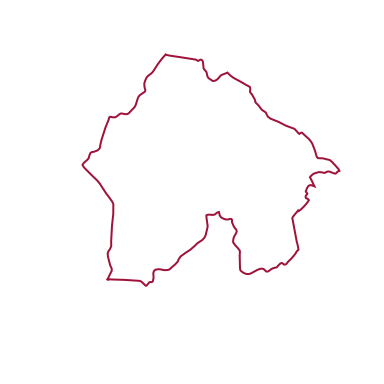 the district of Dien Bien Phu, Điện Biên, Vietnam, rotated 226°
{"feature_id": "81297802B75517223780643", "entity_name": "Dien Bien Phu", "entity_type": "district", "adm_level": 2, "iso_a3": "VNM", "parent_name": "Vietnam", "parent_adm1": "Điện Biên", "projection": "orthographic", "projection_center": [103.039, 21.414], "detail": "fine", "context": "isolated", "style": "outline", "palette": "rose", "viewbox_px": 384, "rotation_deg": 226, "n_neighbors": 0, "source": "geoboundaries", "source_scale": "gbopen_adm2", "svg_char_len": 4676}
<svg xmlns="http://www.w3.org/2000/svg" viewBox="0 0 384 384"><g transform="rotate(226 192 192)"><path d="M253.3,300.4L253.7,299.2L254.9,296.3L255.7,294.5L255.8,293.3L255.4,289.2L255.8,286.4L256.6,285.1L257.1,284.4L257.6,284.0L258.3,283.8L259.2,283.7L262.3,283.0L264.2,283.3L265.0,283.8L266.9,284.9L267.6,285.4L268.8,285.8L270.9,285.9L272.1,286.0L273.4,286.6L275.0,287.9L277.5,289.9L278.8,290.6L280.3,290.7L281.0,290.4L281.2,290.1L281.5,289.7L281.8,288.2L282.1,287.4L284.6,286.7L296.9,277.4L305.6,270.7L307.0,269.8L307.8,269.2L308.5,268.8L308.8,268.6L309.2,268.6L308.8,263.3L307.7,256.1L305.9,248.5L305.6,246.9L305.6,244.9L306.1,240.6L305.9,238.8L304.4,235.2L303.3,233.2L302.2,232.2L301.0,231.1L299.5,230.2L298.0,229.4L297.1,228.4L297.0,227.7L297.0,227.0L297.3,225.6L297.5,224.3L297.9,221.9L297.8,220.5L297.5,219.1L296.9,217.9L296.0,216.1L294.9,214.2L293.6,211.7L293.0,209.9L292.9,208.4L292.6,201.1L292.9,199.9L293.7,198.7L294.3,198.1L295.2,197.5L297.4,195.9L297.9,195.3L298.1,194.8L298.3,194.0L298.4,193.0L298.6,190.7L299.0,188.8L299.6,188.2L300.1,187.5L301.3,186.5L302.8,185.5L303.1,185.2L303.1,184.4L302.9,183.8L301.9,182.2L300.3,178.6L299.2,176.2L298.6,174.7L298.4,174.4L293.7,165.6L293.0,164.3L292.9,164.1L292.3,163.0L290.2,159.7L288.7,157.6L287.9,156.6L287.6,155.7L287.5,154.5L287.6,152.8L288.9,149.7L290.2,147.8L290.6,146.5L290.5,145.6L289.5,143.5L288.5,141.7L288.0,140.9L287.9,138.9L287.9,138.0L288.1,135.5L288.0,133.7L287.8,132.9L287.8,132.4L287.4,132.1L287.2,131.9L286.5,131.8L284.9,131.4L282.3,131.4L275.3,131.5L271.5,131.6L266.0,131.8L262.2,131.5L257.6,130.6L250.3,129.2L247.1,128.9L240.4,127.9L237.8,126.9L230.7,119.9L228.4,117.1L223.3,111.0L212.8,99.7L209.1,96.2L207.9,93.2L207.4,90.6L206.5,88.8L204.0,86.7L196.1,82.2L193.1,81.2L191.9,80.4L191.0,79.3L190.0,76.4L188.3,71.8L188.0,70.3L187.7,70.3L186.9,70.9L186.4,72.1L183.9,74.4L176.1,82.0L164.7,92.4L163.1,93.3L158.8,93.5L156.9,93.5L156.3,94.1L156.3,94.8L156.5,96.6L156.7,98.7L156.1,99.6L155.2,100.3L154.9,101.4L155.5,102.6L157.0,104.8L160.5,107.8L161.6,109.7L161.5,111.8L159.7,114.3L158.0,115.8L155.2,117.6L152.6,120.5L151.9,122.4L151.9,125.2L151.6,129.8L151.9,133.6L152.8,135.4L153.6,139.1L153.2,141.6L152.7,145.3L151.7,150.4L151.4,155.1L151.4,160.4L150.3,166.1L150.5,169.2L151.4,171.7L155.0,177.4L156.6,179.6L163.1,184.3L165.2,186.1L164.9,187.2L164.0,188.4L160.8,191.3L160.0,192.8L159.7,195.8L158.9,197.5L158.7,197.4L155.9,195.7L154.4,195.3L152.8,195.5L150.7,196.2L148.7,197.3L147.5,198.5L146.6,199.9L146.0,200.9L145.4,201.5L144.6,201.6L143.8,201.1L143.2,200.4L142.4,199.7L141.5,199.4L137.5,197.9L134.8,197.7L133.6,197.4L132.5,196.7L131.9,195.5L131.3,193.6L130.5,190.8L129.2,188.8L127.9,187.2L126.8,186.5L123.8,186.1L119.6,186.0L116.8,185.7L115.6,184.8L113.1,182.1L104.3,174.0L102.3,172.5L101.0,172.4L99.4,172.6L97.8,173.0L96.2,173.7L95.1,174.3L93.7,175.6L92.6,177.5L91.9,180.2L91.2,182.5L90.5,185.2L89.4,187.6L88.3,189.1L87.5,189.6L86.7,190.0L85.9,190.1L84.3,190.1L83.3,190.2L82.7,190.6L82.3,191.0L81.9,192.0L81.7,193.2L81.6,194.6L81.1,196.8L80.5,197.9L80.0,199.0L79.4,199.8L78.9,200.8L79.2,202.7L79.2,205.7L78.9,206.8L78.7,207.1L78.2,207.4L77.7,207.6L76.1,207.7L75.4,208.2L74.8,209.1L74.8,210.6L75.1,212.8L75.1,216.8L75.3,219.6L75.6,222.1L75.8,223.5L76.3,225.2L76.6,226.9L76.5,228.5L79.9,230.8L81.7,231.9L83.3,232.7L102.1,245.1L103.5,245.9L104.1,247.5L104.6,252.0L104.9,254.6L105.0,255.6L104.2,255.5L103.8,257.7L103.8,260.9L103.9,263.9L104.1,265.8L104.4,268.1L105.0,270.4L106.5,270.5L107.5,270.2L108.0,269.8L108.7,269.8L109.5,270.2L110.1,271.0L110.4,272.1L110.4,273.3L110.7,273.8L111.6,274.0L112.4,274.0L113.1,274.1L113.5,274.4L113.8,275.2L114.6,276.8L115.2,278.6L115.4,279.5L115.3,280.7L114.8,281.9L113.6,282.8L111.0,284.0L114.6,285.2L117.3,286.1L120.7,287.1L120.8,287.6L120.9,288.8L120.9,289.9L120.8,291.4L120.2,293.4L118.3,296.9L117.1,298.1L115.3,299.5L114.1,300.2L113.5,300.8L113.2,301.7L113.2,302.6L112.6,303.5L112.1,304.2L111.4,304.9L106.6,307.2L105.8,307.7L105.5,308.2L105.4,308.7L105.5,309.7L105.4,311.4L105.4,311.5L104.8,312.7L106.4,313.3L112.5,313.6L113.8,313.5L115.8,313.7L118.5,313.4L119.5,313.2L121.1,312.2L122.2,311.4L124.1,310.3L125.7,309.2L126.9,308.0L127.7,307.2L128.9,306.1L130.1,306.1L131.5,306.6L136.3,309.2L143.2,312.1L146.2,312.7L149.3,312.9L153.1,312.6L158.3,312.3L158.8,311.8L159.0,311.1L159.2,310.0L159.2,309.6L159.8,309.4L165.7,309.6L166.2,309.6L174.3,305.7L182.5,302.9L190.3,299.4L193.7,298.9L198.1,300.3L202.7,299.3L204.8,299.6L208.2,300.0L212.3,299.9L214.8,301.4L220.1,302.8L222.3,303.0L223.8,303.3L225.8,305.7L227.4,306.6L227.7,306.5L229.1,306.1L231.4,305.3L234.4,304.5L238.8,303.2L245.1,301.2L249.0,300.5L253.3,300.4Z" fill="none" stroke="#9f1239" stroke-width="2"/></g></svg>